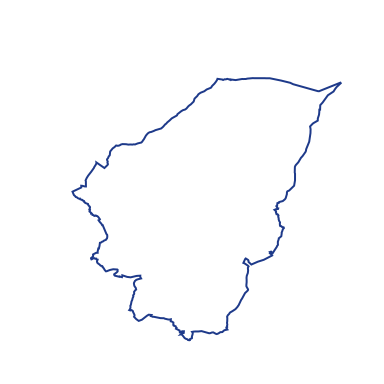 the district of Bengesti-Ciocadia, Gorj, Romania, rotated 195°
{"feature_id": "2599482B44162004756162", "entity_name": "Bengesti-Ciocadia", "entity_type": "district", "adm_level": 2, "iso_a3": "ROU", "parent_name": "Romania", "parent_adm1": "Gorj", "projection": "orthographic", "projection_center": [23.617, 45.092], "detail": "fine", "context": "isolated", "style": "outline", "palette": "blue", "viewbox_px": 384, "rotation_deg": 195, "n_neighbors": 0, "source": "geoboundaries", "source_scale": "gbopen_adm2", "svg_char_len": 5929}
<svg xmlns="http://www.w3.org/2000/svg" viewBox="0 0 384 384"><g transform="rotate(195 192 192)"><path d="M196.7,307.9L196.8,306.7L197.4,304.8L198.4,302.4L199.7,300.2L200.2,299.2L200.5,297.9L201.5,297.0L204.4,294.8L206.2,292.5L209.4,290.1L211.1,288.1L211.8,286.0L213.7,282.9L213.8,279.8L215.9,276.2L216.8,275.2L217.7,273.9L219.0,271.1L220.1,269.8L221.8,268.8L223.2,267.4L226.2,263.4L226.3,262.3L226.5,261.9L230.6,257.9L232.1,255.4L234.0,252.7L234.6,251.3L235.3,250.6L236.8,247.5L238.2,245.4L243.3,242.3L244.8,241.0L247.0,239.4L248.3,238.8L249.4,237.8L250.2,236.5L251.1,234.6L252.2,230.2L252.7,229.2L253.0,228.0L253.7,226.7L257.0,224.9L259.3,223.2L260.8,222.9L262.0,222.3L263.3,222.1L265.8,221.3L268.0,221.1L271.5,220.3L272.9,219.5L273.7,218.6L274.6,217.9L275.8,217.4L277.3,217.3L278.5,215.3L279.9,213.6L281.5,210.0L281.4,209.1L281.0,206.6L281.0,206.0L281.7,204.8L281.8,203.3L282.5,201.6L282.4,201.1L281.2,199.4L281.3,198.9L281.3,198.5L281.0,198.0L280.4,197.2L280.6,196.2L282.8,192.5L292.0,195.8L291.8,195.3L291.8,194.6L292.2,192.8L292.8,191.1L293.0,189.8L294.5,185.7L296.5,181.0L297.3,178.4L297.8,175.7L297.3,174.9L295.9,169.9L297.1,169.6L299.4,169.6L300.6,169.4L300.1,167.7L307.5,161.4L305.3,158.5L303.7,157.7L303.0,157.1L301.9,157.1L300.7,156.5L299.3,156.3L298.9,156.3L298.5,156.6L298.4,156.5L298.3,156.1L298.1,156.0L296.1,156.0L295.9,155.7L295.3,155.7L295.0,155.4L293.9,155.3L293.6,154.5L292.6,154.2L292.3,153.8L289.4,153.5L289.3,153.0L288.6,152.5L288.3,152.1L286.9,151.4L286.5,150.6L286.7,149.9L286.3,149.3L286.3,149.0L286.0,148.6L286.4,148.2L285.9,147.9L285.9,147.3L286.0,146.7L285.8,146.5L285.5,146.5L284.0,145.7L283.9,145.0L283.2,145.2L282.5,144.7L282.2,144.1L281.9,144.2L280.9,144.1L280.2,143.6L278.9,144.4L278.6,144.1L277.3,144.2L276.2,143.7L273.9,141.8L274.3,141.0L274.9,140.5L273.5,139.3L271.5,138.0L270.7,137.3L270.2,136.7L269.7,136.9L263.8,129.3L262.9,128.7L262.7,128.3L262.2,126.7L262.1,125.1L262.5,124.6L262.6,123.8L262.9,123.4L264.3,122.4L265.1,121.3L266.0,120.7L266.6,119.8L267.8,119.1L267.4,116.1L267.3,113.3L267.9,113.2L267.7,109.7L267.4,108.9L268.9,108.4L271.4,106.1L271.4,105.8L270.9,104.7L270.9,104.3L271.2,103.6L272.4,102.1L272.4,101.8L271.7,100.9L271.5,101.0L270.5,102.1L269.3,102.8L268.6,102.5L267.7,102.6L267.5,102.9L267.3,102.9L267.2,102.5L266.7,102.1L265.7,102.2L265.8,100.2L265.2,99.2L263.9,98.5L262.7,98.1L261.2,97.2L259.5,97.2L258.9,96.7L258.9,96.3L257.5,95.5L256.4,94.3L254.7,93.1L254.0,93.3L251.0,95.5L248.1,97.0L244.1,97.8L243.7,97.6L243.3,96.0L244.1,94.6L245.9,92.4L245.8,92.0L245.4,91.5L244.8,91.2L240.1,91.3L240.1,91.7L239.8,91.7L237.6,91.6L237.5,92.8L237.7,93.5L232.7,93.2L229.2,93.7L223.8,96.6L220.3,97.8L220.1,96.8L219.5,96.0L218.8,95.3L221.5,93.8L223.0,92.8L224.1,91.3L224.5,89.3L224.4,88.5L223.6,86.8L223.1,86.1L221.5,84.8L220.7,83.3L221.3,82.6L222.1,80.6L221.5,78.7L221.6,78.1L222.1,77.0L221.6,75.8L221.9,74.0L221.8,72.4L222.1,70.6L221.9,68.1L221.9,66.9L222.1,66.1L221.6,64.7L221.5,64.0L221.7,62.4L222.0,61.7L220.9,61.6L219.8,62.3L218.2,61.6L217.9,60.9L215.8,58.5L215.5,57.6L215.7,56.5L213.0,54.8L210.1,53.7L207.3,55.7L203.4,60.9L202.0,62.3L199.4,62.7L199.7,61.9L199.7,61.5L198.5,61.5L197.9,61.3L196.4,61.6L189.8,62.0L186.5,62.8L185.6,62.6L182.1,62.7L180.9,62.9L179.5,63.6L179.1,61.6L177.8,61.6L176.2,61.1L175.8,59.2L175.5,58.5L175.3,58.3L174.7,58.4L174.5,58.1L173.1,58.1L172.8,57.5L171.8,56.9L172.1,55.8L168.2,55.0L167.5,53.4L165.3,55.0L163.8,55.4L163.5,53.7L164.4,53.2L165.7,53.1L165.7,52.2L166.1,51.5L165.5,51.8L165.1,51.7L163.9,51.0L161.3,49.0L159.8,48.6L158.1,48.5L157.6,48.0L156.2,48.1L155.7,48.4L155.9,49.1L155.7,49.7L154.5,50.4L154.2,50.9L154.7,52.4L154.6,54.5L154.7,55.6L154.9,56.2L155.7,56.9L153.8,57.8L149.6,59.0L146.8,60.1L138.9,60.0L138.0,60.3L136.3,61.5L135.1,61.9L132.3,61.2L131.3,61.2L129.9,62.2L128.4,63.9L126.4,64.6L125.5,66.2L124.7,67.0L122.2,68.3L122.9,69.0L123.3,69.0L123.8,70.1L123.6,70.4L123.1,70.7L123.6,72.1L123.5,72.6L123.6,73.1L124.3,74.6L124.5,76.2L125.3,79.5L125.8,80.5L125.7,81.3L125.5,82.2L124.5,84.0L124.4,84.6L124.0,85.5L122.1,87.4L119.7,90.1L118.3,92.9L118.1,93.7L117.7,94.5L116.6,100.5L116.1,101.9L114.6,108.1L112.8,111.0L112.5,112.0L112.7,112.5L115.0,114.9L115.4,116.2L115.9,119.1L116.7,122.0L117.1,123.1L117.4,125.2L117.1,128.4L117.3,129.2L117.4,130.4L118.3,132.9L118.4,133.4L118.1,134.8L119.1,135.4L122.6,136.6L124.0,136.8L123.3,141.0L122.9,141.7L120.3,140.9L119.8,140.5L119.3,139.1L115.9,137.3L110.4,141.7L105.1,145.1L98.2,151.4L99.5,152.4L100.5,152.8L100.1,153.2L101.3,154.1L100.2,154.9L98.2,153.9L97.1,157.4L95.9,161.0L95.9,161.7L95.3,163.2L95.5,163.8L95.8,164.6L96.2,166.3L96.0,168.9L96.2,169.7L94.6,171.9L94.3,172.4L94.6,175.0L94.9,176.1L94.7,177.3L94.6,179.5L93.9,181.0L94.4,181.6L95.8,181.4L96.5,181.9L97.0,182.1L97.9,181.9L98.4,182.5L99.0,184.2L99.0,185.0L99.2,185.5L100.4,186.7L101.3,188.2L101.5,189.2L101.9,189.6L102.5,191.0L102.4,191.3L102.6,191.4L102.6,191.9L103.3,192.5L103.7,192.6L104.6,192.4L104.9,192.8L105.0,193.3L105.6,193.8L105.8,195.1L107.7,196.1L106.5,197.1L104.5,197.9L104.5,198.4L105.4,198.2L105.6,198.9L106.8,200.1L106.2,200.6L106.5,202.2L106.6,203.4L105.4,203.9L105.5,204.5L105.0,205.0L102.0,206.7L100.5,208.8L100.1,209.6L99.9,210.5L99.8,214.7L100.1,215.5L100.2,216.7L100.0,217.4L98.5,218.6L95.0,224.5L95.5,229.9L97.2,236.3L97.8,237.4L99.1,242.8L99.0,243.9L98.7,244.9L97.0,248.2L95.6,253.2L94.5,255.3L92.7,260.2L92.6,261.4L92.8,262.9L91.8,270.9L92.8,279.5L93.7,283.3L94.9,285.9L93.5,288.5L92.7,289.8L89.0,293.5L89.5,295.6L89.3,299.5L89.7,301.9L90.3,304.5L89.6,304.7L90.6,309.1L89.0,312.2L85.8,320.6L81.3,325.7L80.4,328.6L79.5,330.8L76.5,335.6L77.0,336.0L95.4,322.2L96.6,322.0L122.2,322.3L125.4,322.9L134.8,322.7L146.3,322.0L163.1,317.6L168.0,315.8L169.2,315.1L172.0,314.3L172.7,314.2L178.8,311.4L183.0,310.8L183.0,310.6L183.4,310.2L183.8,310.4L184.5,310.3L184.6,310.6L185.3,310.4L187.3,310.4L188.4,309.6L189.7,309.3L190.9,308.3L191.4,308.3L191.7,308.5L196.7,307.9Z" fill="none" stroke="#1e3a8a" stroke-width="2"/></g></svg>